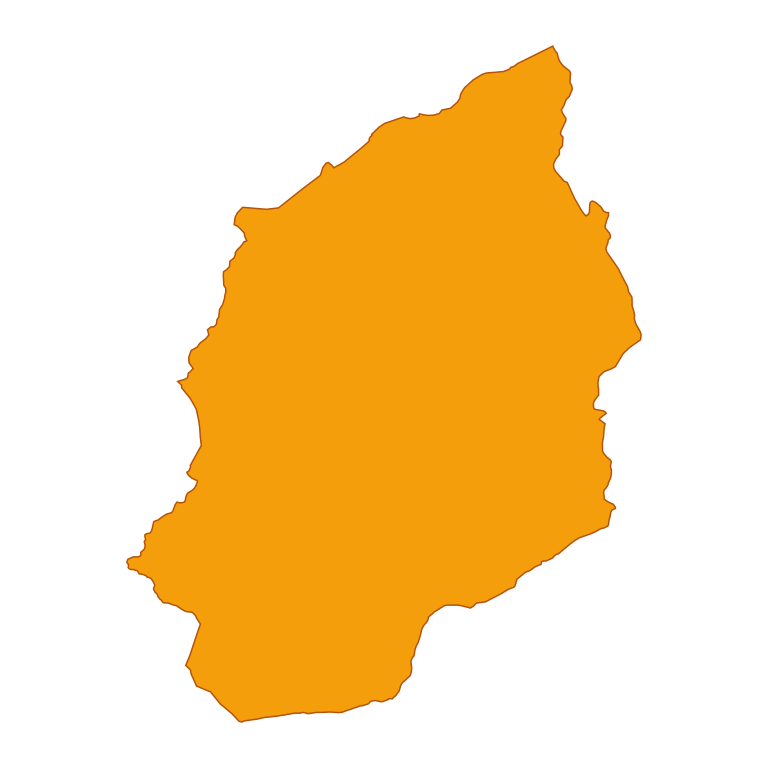 Dorna-Arini, Suceava, Romania
{"feature_id": "2599482B28497100220682", "entity_name": "Dorna-Arini", "entity_type": "district", "adm_level": 2, "iso_a3": "ROU", "parent_name": "Romania", "parent_adm1": "Suceava", "projection": "robinson", "projection_center": [25.454, 47.364], "detail": "fine", "context": "isolated", "style": "filled", "palette": "amber", "viewbox_px": 768, "rotation_deg": 0, "n_neighbors": 0, "source": "geoboundaries", "source_scale": "gbopen_adm2", "svg_char_len": 6099}
<svg xmlns="http://www.w3.org/2000/svg" viewBox="0 0 768 768"><path d="M242.3,721.9L244.2,720.9L257.7,719.0L264.8,717.4L269.0,717.0L277.9,716.0L281.7,715.3L283.8,715.2L287.4,714.3L289.6,714.1L291.1,713.7L295.5,713.1L300.0,713.2L301.0,712.8L302.7,712.5L305.5,712.8L307.1,713.6L308.8,713.6L316.3,712.4L322.3,712.4L329.9,712.0L338.4,712.6L342.2,712.2L343.7,711.7L347.6,710.2L350.7,709.3L354.6,707.8L356.2,707.4L358.7,706.4L360.4,705.9L361.9,705.8L363.8,705.3L367.5,704.1L368.4,703.8L370.3,701.7L372.1,701.0L373.2,700.7L374.2,700.8L375.5,700.5L380.6,701.7L382.7,701.6L388.3,699.5L388.5,698.9L390.0,698.7L392.6,698.8L393.7,697.2L394.6,696.7L396.4,694.9L397.0,693.6L398.9,691.5L399.8,688.8L400.7,685.4L401.9,683.2L405.8,679.8L407.1,678.4L409.5,676.4L410.5,674.9L411.3,671.8L411.7,669.3L411.5,666.4L410.9,661.3L412.2,658.0L413.9,655.9L414.4,653.9L415.0,649.6L416.5,645.5L418.3,642.1L420.5,634.9L421.7,629.4L423.6,625.6L426.8,622.0L428.1,619.5L428.5,617.0L431.8,614.3L434.2,612.0L438.5,609.4L440.5,608.0L444.4,605.7L447.1,605.0L450.3,605.1L457.5,605.1L461.5,605.7L470.4,608.0L473.5,606.1L476.4,603.1L485.3,601.9L502.1,593.2L508.1,589.4L513.7,587.3L514.7,586.5L515.8,583.2L516.9,579.2L525.7,572.1L529.5,570.8L534.9,567.0L538.0,565.5L540.9,564.5L541.3,563.8L541.3,562.0L542.3,561.3L544.4,561.0L546.1,561.0L547.9,560.1L550.5,559.1L553.2,557.5L553.8,556.3L556.1,554.6L558.4,553.8L570.3,543.9L574.8,540.5L579.8,537.6L590.7,533.8L595.8,531.5L599.1,529.6L601.4,528.5L604.5,527.8L607.8,526.1L608.5,524.3L609.0,520.1L610.2,516.2L610.4,514.3L610.7,512.7L611.9,510.1L615.4,508.5L615.3,507.1L614.1,505.6L613.4,504.3L611.1,503.4L607.7,501.6L604.2,499.1L604.2,497.1L603.6,492.8L604.2,489.9L606.0,488.1L607.9,485.0L608.6,482.3L610.5,478.2L611.2,475.1L611.5,470.3L610.6,467.8L610.6,464.9L611.3,461.9L610.8,460.7L610.1,459.7L607.1,457.4L603.7,453.4L602.5,451.0L602.4,443.2L602.9,439.7L603.5,437.0L604.1,429.1L604.5,426.4L605.1,423.9L599.2,419.3L600.1,418.1L606.2,413.3L605.3,411.9L603.4,410.9L594.6,409.2L593.6,407.5L593.4,403.4L594.4,400.8L596.0,398.4L598.7,395.0L598.5,388.2L598.2,387.0L597.9,383.0L599.0,376.7L601.8,373.7L604.5,371.4L611.4,368.8L615.4,366.6L623.2,353.6L629.5,347.6L640.6,339.7L641.1,334.3L640.1,331.5L635.7,323.7L634.3,318.5L634.6,315.1L633.6,310.5L632.1,305.9L632.1,301.8L631.9,297.1L630.5,294.8L628.6,291.8L627.5,286.6L621.0,274.2L618.5,268.9L606.7,251.9L606.0,248.9L606.6,245.9L607.8,243.2L608.2,240.0L610.4,237.6L610.4,235.4L609.4,233.1L605.0,227.6L605.2,226.0L606.5,220.7L608.5,215.6L608.5,212.6L606.1,212.5L603.6,211.1L600.8,206.8L595.5,202.3L592.6,201.1L591.3,201.4L590.1,202.8L589.6,206.9L589.4,212.4L587.9,214.8L585.9,215.8L583.7,213.6L580.8,209.4L574.6,198.5L567.2,182.4L564.1,181.2L555.4,171.2L553.8,168.0L553.6,163.9L555.7,159.3L559.4,154.4L559.4,149.6L562.5,145.9L562.9,137.1L560.8,134.7L560.5,132.8L561.5,130.0L565.8,120.9L565.9,118.5L562.3,112.7L561.4,109.9L564.0,105.3L566.1,99.7L569.3,96.4L572.4,89.0L571.7,85.9L570.0,82.5L570.2,77.0L570.6,73.3L569.6,71.0L564.4,66.9L562.0,64.6L559.3,60.6L558.1,57.1L557.2,53.2L555.4,51.2L553.0,47.0L552.8,46.1L517.9,63.4L516.0,64.8L514.4,66.1L513.6,66.6L510.6,67.4L510.1,68.5L508.6,69.5L503.7,71.5L495.2,72.3L489.1,72.7L486.0,73.1L482.3,74.3L473.2,79.9L464.6,87.7L462.3,91.3L460.4,94.8L460.0,98.1L457.3,102.2L450.6,108.2L441.8,110.1L439.3,113.5L433.4,115.2L427.6,115.4L423.5,114.8L419.4,113.8L418.9,116.2L414.0,118.2L409.5,118.6L405.7,117.7L403.8,116.9L384.7,123.4L378.9,127.3L371.6,134.4L372.0,135.4L370.2,137.0L369.3,138.8L369.0,141.3L361.1,148.2L343.8,162.3L333.7,167.8L331.8,165.2L328.3,162.5L326.1,163.2L322.8,167.6L320.4,175.3L301.3,189.8L278.5,207.9L266.4,209.3L250.6,208.0L242.6,207.3L237.2,213.1L235.1,217.5L234.2,224.7L237.7,226.2L244.2,232.9L244.9,236.8L246.8,240.8L243.9,241.9L242.7,243.9L240.2,247.0L238.6,248.4L236.9,250.3L235.3,252.8L235.3,254.7L234.0,257.9L229.9,261.3L229.5,266.5L226.6,269.7L223.5,271.8L223.3,275.2L223.8,285.2L225.7,288.4L225.8,292.2L225.0,295.0L224.4,298.9L222.6,304.6L219.6,309.4L218.7,317.2L217.0,319.7L216.3,324.4L214.0,326.7L211.0,326.9L207.5,329.7L208.8,335.0L205.7,338.7L202.3,341.4L201.1,342.1L199.2,344.0L197.2,347.1L191.3,350.4L189.7,354.4L188.8,357.2L188.9,361.4L189.2,363.0L193.3,368.7L191.7,369.9L190.2,371.9L188.8,372.6L188.2,373.6L187.7,377.4L186.2,378.6L184.9,379.3L177.7,381.4L181.5,385.1L181.7,387.9L189.9,397.9L193.0,403.2L196.4,409.5L198.8,421.1L199.8,428.7L200.3,436.9L201.3,445.5L190.3,465.4L190.5,467.3L189.2,470.4L188.0,471.7L186.9,472.2L187.1,473.0L188.1,474.7L189.1,475.9L191.0,477.6L194.3,479.5L196.5,480.2L197.3,481.1L197.3,482.2L196.0,485.4L194.4,488.3L192.4,490.2L190.0,491.6L187.7,493.1L186.7,494.7L185.8,497.3L185.3,500.3L184.4,502.0L182.4,502.6L180.8,502.8L179.0,502.6L177.0,502.1L175.2,504.6L173.0,510.6L172.0,512.2L171.3,512.8L167.5,513.8L165.6,514.7L161.4,517.4L159.5,519.0L157.9,520.1L155.4,520.9L154.2,521.4L153.7,522.0L153.3,523.4L152.7,526.4L152.0,529.2L151.4,531.1L150.8,532.1L150.0,532.9L148.0,533.5L146.5,533.7L145.2,534.5L144.9,535.0L144.9,536.5L145.6,539.4L145.3,539.9L144.6,540.9L144.3,541.9L144.4,542.6L144.9,544.0L145.1,545.2L144.9,546.9L144.4,548.8L143.6,549.9L141.2,551.9L140.8,552.4L140.8,553.6L141.0,554.1L140.9,554.9L140.4,555.8L139.6,556.3L138.4,556.8L137.4,556.9L133.5,556.9L132.4,557.2L130.1,558.3L128.1,559.1L127.6,559.8L126.9,561.9L127.1,562.9L128.1,564.1L128.5,565.0L128.2,567.3L128.4,567.9L129.5,568.9L130.7,569.5L133.8,569.5L135.0,570.3L136.7,570.5L138.0,571.7L139.0,573.7L142.2,574.3L144.4,575.0L146.4,576.1L146.7,576.7L147.1,577.1L149.0,577.5L149.7,577.8L151.6,579.3L153.6,582.4L154.2,583.7L154.7,585.0L154.5,586.3L153.7,587.7L153.5,589.2L155.5,592.8L156.3,593.2L157.1,594.1L157.7,595.3L158.0,596.6L158.8,597.7L159.7,598.9L161.0,599.9L161.9,600.9L162.7,602.3L163.3,602.6L164.6,602.9L167.2,602.9L169.2,603.4L172.5,604.7L177.1,605.9L178.7,607.3L180.0,608.0L180.9,608.8L184.4,610.8L186.5,611.6L191.7,612.2L192.6,612.7L195.3,615.2L196.8,618.5L200.4,624.0L195.2,639.3L189.9,655.4L185.7,665.4L190.4,670.0L191.3,674.3L196.6,686.1L210.7,692.0L220.2,703.8L232.3,714.0L239.0,721.3L241.3,721.9L242.3,721.9Z" fill="#f59e0b" stroke="#b45309" stroke-width="1.5"/></svg>